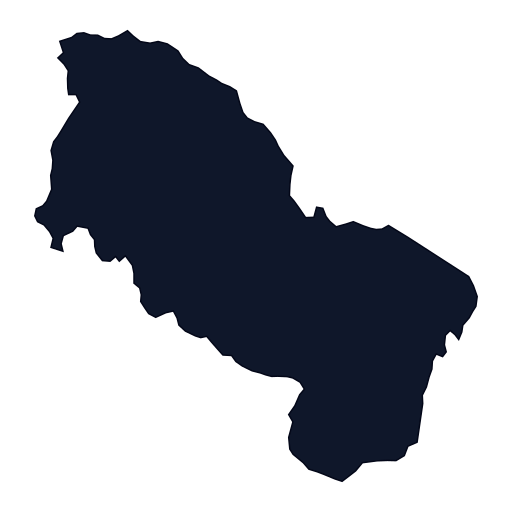 the district of Guamiranga, Paraná, Brazil
{"feature_id": "56859067B35247674818537", "entity_name": "Guamiranga", "entity_type": "district", "adm_level": 2, "iso_a3": "BRA", "parent_name": "Brazil", "parent_adm1": "Paraná", "projection": "orthographic", "projection_center": [-50.848, -25.173], "detail": "fine", "context": "isolated", "style": "filled", "palette": "ink", "viewbox_px": 512, "rotation_deg": 0, "n_neighbors": 0, "source": "geoboundaries", "source_scale": "gbopen_adm2", "svg_char_len": 2145}
<svg xmlns="http://www.w3.org/2000/svg" viewBox="0 0 512 512"><path d="M388.5,225.5L382.0,229.1L376.2,229.5L370.7,228.4L363.1,225.8L353.3,221.7L345.9,224.1L336.1,226.8L329.7,221.3L326.0,216.5L322.8,208.3L316.6,207.2L313.9,217.3L305.6,217.6L299.2,208.2L294.0,201.0L289.4,195.7L289.9,184.3L290.9,175.4L293.0,166.0L283.8,155.4L278.1,146.1L275.4,140.1L270.5,132.8L263.1,124.3L254.3,121.7L247.2,118.0L242.9,112.5L239.8,103.4L236.4,90.9L229.9,86.8L221.5,83.4L216.6,80.1L208.8,76.0L198.4,68.0L189.0,64.6L182.6,58.4L178.0,51.0L167.3,43.9L158.1,41.5L150.1,43.2L140.3,41.6L133.2,36.1L127.5,30.7L118.6,35.9L111.5,38.9L104.4,38.5L97.7,35.2L90.4,35.1L83.9,32.8L76.9,33.5L71.7,37.5L59.8,41.3L63.5,52.7L57.9,57.9L64.1,64.2L68.3,70.7L67.5,78.4L67.8,88.3L68.7,94.6L76.1,94.6L79.7,102.1L68.7,118.3L60.8,131.5L57.4,136.9L53.7,141.7L51.1,150.5L52.9,160.2L52.3,168.7L50.7,175.4L51.7,189.3L46.7,201.2L42.8,205.8L36.3,208.8L34.8,215.9L37.6,221.7L44.0,224.9L49.6,231.6L53.2,238.3L51.0,247.4L62.9,251.2L61.1,243.7L63.3,235.6L72.7,231.2L77.1,226.1L88.1,228.2L90.5,234.6L94.5,239.6L94.8,246.5L96.3,252.9L102.4,260.6L110.1,261.2L115.6,256.5L119.3,261.2L125.4,255.8L132.4,265.3L134.0,273.4L134.0,283.2L139.7,287.9L141.3,294.8L140.7,301.5L145.0,308.2L148.7,313.6L155.7,317.3L165.8,312.7L173.4,311.0L177.1,318.0L178.9,325.1L185.4,331.1L195.4,335.9L200.7,337.6L206.7,336.3L211.7,342.3L217.4,348.8L222.9,355.0L231.6,355.5L235.9,361.5L242.3,366.0L252.1,370.8L260.3,372.9L265.6,374.8L271.6,376.4L277.7,376.2L287.1,376.6L292.7,377.9L300.1,382.2L304.4,389.1L299.7,394.7L294.9,405.7L288.7,414.6L292.9,421.9L288.7,437.4L289.8,449.1L293.1,454.3L303.3,462.7L308.9,469.2L317.3,471.8L323.8,474.3L334.9,478.9L342.1,481.3L348.9,476.1L355.6,470.9L362.4,462.7L370.2,461.7L377.0,460.8L387.4,460.4L396.0,460.6L404.3,455.6L407.9,446.2L417.1,442.2L422.7,403.6L422.3,395.2L426.4,387.0L429.1,376.9L431.9,369.1L432.4,361.0L436.2,354.0L442.6,356.6L446.2,351.9L444.4,344.9L445.4,335.3L450.1,330.5L455.0,334.6L458.7,339.5L461.8,332.0L462.8,325.2L469.2,317.8L472.6,311.5L475.9,306.3L477.2,296.5L473.4,285.7L468.7,276.6L407.8,237.3L388.5,225.5Z" fill="#0f172a" stroke="#020617" stroke-width="1.5"/></svg>